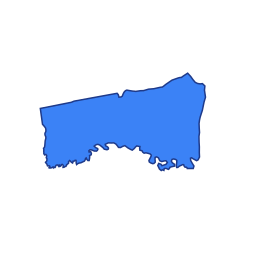 Muar, Johor, Malaysia (Albers equal-area conic projection), rotated 227°
{"feature_id": "92858781B4939885294010", "entity_name": "Muar", "entity_type": "district", "adm_level": 2, "iso_a3": "MYS", "parent_name": "Malaysia", "parent_adm1": "Johor", "projection": "albers", "projection_center": [102.758, 2.134], "detail": "fine", "context": "isolated", "style": "filled", "palette": "blue", "viewbox_px": 256, "rotation_deg": 227, "n_neighbors": 0, "source": "geoboundaries", "source_scale": "gbopen_adm2", "svg_char_len": 3330}
<svg xmlns="http://www.w3.org/2000/svg" viewBox="0 0 256 256"><g transform="rotate(227 128 128)"><path d="M142.3,56.3L142.5,57.4L143.0,58.0L142.9,58.9L142.8,59.8L142.9,60.8L143.8,61.3L144.1,63.1L143.2,63.3L141.5,63.2L140.2,63.6L140.7,64.6L141.2,65.2L140.5,66.0L140.5,67.3L139.7,67.9L138.9,67.2L137.7,66.2L136.3,65.5L136.2,67.0L135.6,68.5L134.7,69.8L133.5,73.5L134.0,75.2L134.7,76.2L134.6,77.0L133.1,76.5L131.5,76.5L130.7,77.4L132.2,79.4L133.3,80.6L134.1,81.1L133.5,82.8L134.4,83.9L136.2,84.6L136.9,83.2L138.0,83.8L138.1,85.0L137.5,85.9L136.7,86.5L134.2,87.6L132.6,89.2L132.5,90.3L133.0,91.5L133.7,91.8L135.7,91.0L137.8,90.9L137.7,92.5L137.1,94.2L136.3,95.0L134.9,95.7L130.6,96.3L128.7,96.2L126.4,97.8L126.0,99.2L126.6,100.0L127.6,100.2L129.0,100.0L130.2,99.5L131.6,100.2L130.6,103.4L128.2,105.8L126.9,107.4L124.7,108.2L122.3,108.1L120.3,107.8L118.8,109.2L118.2,111.6L117.2,113.7L115.6,114.0L113.7,114.3L110.8,115.2L108.9,116.0L108.7,118.7L109.0,120.4L108.9,122.2L107.4,123.2L106.3,124.1L105.1,122.6L103.6,121.5L101.9,122.7L100.2,122.3L98.6,122.6L97.6,124.2L95.5,125.6L93.9,126.5L92.3,126.5L91.6,125.6L90.7,123.2L90.0,121.2L88.7,120.4L86.9,120.8L85.1,121.7L84.4,122.7L84.4,124.5L85.3,125.4L86.6,126.3L88.0,127.8L87.4,129.2L85.5,129.9L82.4,128.9L80.4,129.8L79.3,131.9L78.2,133.4L76.0,133.3L75.5,131.0L77.3,127.1L79.0,127.4L81.2,126.3L80.3,124.2L76.5,123.0L74.2,123.3L73.9,124.7L72.5,125.3L73.6,126.8L73.1,127.7L72.1,128.5L70.2,129.3L70.1,130.7L70.7,131.7L70.0,133.3L68.4,136.0L69.7,137.3L72.3,136.7L74.2,137.1L75.0,138.8L74.2,140.3L72.5,141.4L71.1,141.6L69.9,140.5L68.1,138.4L67.2,137.4L65.9,136.7L65.2,137.5L65.1,139.5L64.4,141.5L63.9,143.1L63.2,143.7L62.0,143.1L60.4,143.0L59.8,143.7L59.4,144.0L58.6,144.0L58.0,143.7L53.9,148.1L55.2,150.3L57.8,150.8L59.6,151.2L61.5,151.7L63.3,153.1L62.9,154.2L61.5,154.5L57.3,155.9L56.9,157.5L58.0,160.5L61.3,163.3L65.5,167.3L68.9,170.1L73.5,174.2L75.9,177.2L79.3,180.0L82.8,183.0L85.1,185.8L86.8,188.3L90.2,194.4L95.1,201.3L97.7,205.7L103.5,209.7L106.3,212.9L109.7,212.7L111.1,210.8L113.2,209.2L115.6,208.3L119.2,208.5L122.9,209.0L127.2,209.0L127.4,209.0L128.1,205.1L128.5,202.5L128.5,201.6L129.4,200.6L130.4,198.8L133.0,192.8L134.1,185.5L134.2,184.3L134.3,182.7L134.5,181.1L135.8,179.3L139.1,173.7L142.4,169.5L144.7,164.9L146.8,162.5L149.5,158.6L150.7,157.6L151.9,156.5L153.3,155.4L155.0,154.1L156.5,153.0L157.0,151.7L157.0,150.2L156.7,149.0L156.1,147.4L155.2,145.6L155.4,144.2L156.7,142.4L158.9,143.6L160.8,143.7L184.4,106.9L185.5,104.0L202.1,77.2L189.0,68.0L188.0,68.0L186.0,67.9L184.2,67.7L182.5,66.6L181.4,65.4L180.8,63.7L179.6,62.6L177.5,61.8L176.5,60.9L175.1,58.7L171.9,55.2L170.8,53.7L170.8,52.4L169.3,51.5L168.7,50.7L167.4,49.7L166.6,48.9L165.1,48.7L164.7,49.9L163.4,49.8L162.4,48.7L162.0,47.9L160.9,47.8L159.8,46.8L159.2,45.8L159.2,45.1L159.2,44.3L158.2,44.1L157.0,44.1L155.2,43.3L154.6,44.0L153.8,44.8L152.7,44.3L152.9,43.7L152.8,43.1L152.0,43.5L151.0,45.0L150.7,45.5L150.7,46.5L150.2,47.0L149.5,46.6L149.5,47.3L148.9,47.7L149.0,48.4L149.5,49.1L149.8,49.8L149.5,50.6L149.2,51.1L148.7,51.5L148.2,51.2L147.6,51.2L147.8,52.0L147.6,52.6L147.2,52.2L146.7,51.4L146.3,52.0L146.1,52.8L146.1,53.4L146.5,54.3L146.5,54.7L146.1,55.2L145.3,55.2L144.7,55.0L144.2,54.7L143.9,54.0L143.5,53.6L142.9,54.4L142.8,55.2L142.8,55.8L142.3,56.3Z" fill="#3b82f6" stroke="#1e3a8a" stroke-width="1.5"/></g></svg>